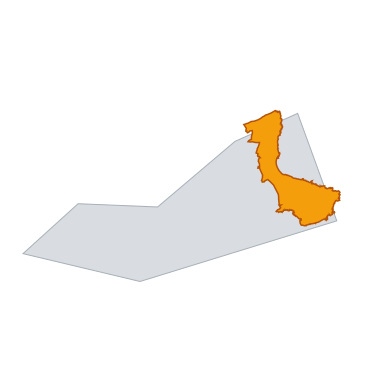 location of North Mahe, English River, Seychelles, rotated 105°
{"feature_id": "34574756B41664711494427", "entity_name": "North Mahe", "entity_type": "district", "adm_level": 2, "iso_a3": "SYC", "parent_name": "Seychelles", "parent_adm1": "English River", "projection": "orthographic", "projection_center": [55.433, -4.604], "detail": "fine", "context": "in_parent", "style": "filled", "palette": "amber", "viewbox_px": 384, "rotation_deg": 105, "n_neighbors": 0, "source": "geoboundaries", "source_scale": "gbopen_adm2", "svg_char_len": 5929}
<svg xmlns="http://www.w3.org/2000/svg" viewBox="0 0 384 384"><g transform="rotate(105 192 192)"><path d="M291.9,219.1L295.3,339.3L232.8,299.0L215.4,221.4L132.0,163.6L88.7,110.3L182.4,44.7L291.9,219.1Z" fill="#d9dde1" stroke="#a8b0b8" stroke-width="1"/><path d="M188.4,105.4L188.5,105.2L189.1,105.6L189.2,105.4L188.5,104.6L189.1,103.2L188.9,103.2L188.9,102.7L188.3,102.0L188.1,101.5L188.3,101.4L188.3,101.2L187.7,100.3L188.3,100.0L188.3,99.8L187.7,100.1L187.2,99.2L187.1,99.3L186.8,98.9L185.9,98.8L186.0,98.6L185.4,97.4L185.0,97.5L185.3,96.8L185.1,96.6L185.3,96.4L184.9,95.8L184.9,95.5L184.5,95.5L184.5,94.9L185.0,94.7L185.0,94.3L185.2,94.1L185.1,93.9L184.8,93.9L184.8,93.4L184.3,93.3L184.7,93.0L184.5,92.8L184.2,93.0L183.9,92.8L184.1,92.6L184.1,92.1L183.9,92.0L183.9,91.3L183.6,91.3L183.6,90.3L183.7,89.8L184.4,89.2L184.1,89.0L184.4,89.1L184.6,88.9L184.4,88.7L184.6,88.6L184.9,88.5L185.4,89.2L185.6,88.9L185.3,88.2L185.8,87.4L185.7,88.6L186.8,89.0L186.9,88.5L187.2,88.5L187.4,87.8L187.7,87.9L188.1,86.6L187.8,86.5L188.0,86.3L188.4,85.9L188.1,85.8L188.5,84.5L190.3,81.3L190.2,80.8L189.6,80.2L189.8,79.6L190.2,79.6L190.8,79.2L192.0,80.4L193.2,79.7L193.9,79.6L195.5,78.3L195.7,77.7L195.4,76.4L195.5,75.5L195.4,74.2L194.6,73.4L194.4,73.0L194.6,72.9L194.4,72.8L193.5,71.3L192.7,70.5L192.8,69.9L192.6,69.9L192.4,69.3L192.2,69.4L192.0,69.0L191.4,67.3L190.1,64.9L190.1,64.7L190.3,64.8L190.4,64.5L189.7,64.5L188.6,62.4L187.5,61.1L185.5,59.2L184.1,57.6L183.6,56.5L183.8,56.1L184.3,56.1L184.4,55.2L184.6,55.0L184.1,54.8L183.8,54.9L183.6,54.4L183.4,54.7L183.3,54.4L182.7,54.2L182.3,54.3L182.2,55.3L181.9,54.9L181.2,54.8L181.3,55.2L181.0,55.3L179.1,54.6L178.7,53.9L178.9,53.5L178.6,53.2L178.3,53.3L178.8,52.6L178.6,52.6L178.3,51.8L177.4,50.7L177.1,50.6L176.2,51.2L175.6,51.1L175.8,51.3L175.7,51.4L175.2,51.3L175.3,50.8L175.5,51.0L175.8,50.7L175.3,50.2L175.6,49.4L175.3,49.5L174.7,49.1L174.6,49.5L174.2,49.6L174.4,50.9L173.9,50.9L173.7,51.3L172.9,51.1L172.0,51.4L172.3,52.1L171.4,52.4L170.7,51.7L169.9,52.0L169.1,51.7L168.3,51.9L167.7,51.8L167.6,52.0L166.6,51.6L166.3,51.9L165.7,51.7L165.5,51.2L165.0,51.4L163.8,51.2L163.4,50.6L163.0,50.8L162.7,50.5L163.0,49.7L163.0,48.9L161.7,47.2L160.7,48.1L160.3,48.0L160.5,48.3L160.4,48.9L159.6,48.9L159.2,48.5L158.1,48.7L156.4,48.3L156.1,49.6L155.3,49.4L154.5,49.0L154.3,49.2L154.1,49.1L153.3,49.8L153.4,50.2L153.0,51.1L153.7,51.7L153.9,52.2L154.0,52.7L153.6,53.4L153.7,54.2L154.3,54.8L154.2,55.2L154.6,55.9L154.1,56.9L153.5,56.6L152.8,57.1L152.3,56.9L151.8,57.1L151.9,57.6L151.7,57.7L152.2,58.4L152.0,58.6L152.2,58.8L151.9,58.8L151.8,59.1L152.6,59.7L152.6,60.1L152.4,60.5L152.9,60.8L152.9,61.1L153.7,62.1L153.9,62.7L153.4,63.4L153.7,63.8L153.6,64.3L153.0,64.7L152.7,65.1L151.8,65.4L152.1,65.9L152.0,66.5L152.6,67.2L152.6,67.9L152.8,67.8L152.8,68.2L153.4,69.0L153.5,69.3L153.3,69.5L153.8,69.4L154.0,69.8L153.8,70.2L153.5,70.2L153.7,71.2L153.2,72.4L153.3,72.9L152.9,73.2L153.1,74.1L152.8,74.3L152.5,74.2L152.2,74.3L152.2,74.7L152.6,75.1L152.5,75.5L152.8,76.0L152.7,76.9L152.5,77.0L152.8,77.3L152.6,77.9L153.0,78.1L153.1,78.4L152.1,79.4L151.8,78.9L151.7,79.1L150.6,78.9L150.7,79.0L150.4,79.2L150.8,79.5L151.0,79.9L151.3,80.0L151.2,80.1L151.6,79.9L151.9,80.1L152.5,81.2L152.2,82.1L151.9,82.4L151.8,83.4L152.0,83.5L152.1,84.4L151.4,84.9L151.7,86.2L151.4,86.2L151.4,86.7L151.7,87.1L151.2,87.9L150.5,87.9L150.4,88.2L150.6,88.6L151.3,88.8L151.5,88.6L151.8,89.0L151.6,89.6L152.0,90.2L151.9,91.1L152.1,92.2L151.9,92.6L152.0,93.3L152.2,93.6L152.0,95.4L152.2,95.6L152.3,97.9L151.9,99.0L151.5,99.5L151.3,102.1L151.1,102.9L151.0,104.4L151.0,104.6L151.3,104.6L150.9,106.3L151.3,106.8L151.5,108.8L151.0,110.1L149.4,112.6L148.1,114.2L146.0,116.1L143.9,117.5L141.5,118.5L139.4,118.8L137.4,118.8L136.8,118.2L137.2,118.0L137.1,117.7L136.9,118.0L136.6,117.9L136.7,118.2L136.2,118.5L135.5,118.2L135.8,117.6L135.1,117.7L134.8,117.4L134.7,117.6L133.9,117.2L133.2,117.4L132.4,117.0L132.0,117.7L131.6,117.7L131.9,118.2L128.6,120.2L128.1,120.0L128.1,120.5L126.6,120.6L125.1,121.3L124.6,120.9L124.3,121.0L124.4,121.3L123.2,121.6L122.6,122.0L119.9,122.7L119.0,122.3L118.7,122.3L118.7,122.6L116.1,123.3L115.2,122.8L114.6,121.8L114.3,122.1L113.9,121.9L113.7,122.2L113.1,121.9L112.8,122.0L112.4,122.0L112.3,121.7L111.6,121.5L111.2,121.6L111.3,122.0L110.9,122.1L111.1,122.5L110.5,122.8L109.5,122.5L108.7,121.7L108.3,121.7L108.1,122.0L107.9,121.7L107.2,121.6L107.1,121.8L106.4,121.4L106.0,121.4L105.9,121.6L105.1,121.6L104.8,121.9L104.9,122.5L104.5,122.9L104.0,122.6L103.5,122.8L103.2,123.7L103.3,124.0L102.6,123.9L102.6,124.3L102.4,124.3L101.7,123.9L101.1,123.9L100.9,123.7L100.2,124.0L99.2,123.8L98.6,124.0L98.3,124.2L98.0,125.0L98.3,125.3L98.2,125.6L95.5,125.8L93.7,127.1L93.0,127.0L92.6,127.7L91.5,128.1L91.4,128.5L91.6,128.9L92.3,129.1L92.8,129.7L92.1,130.0L91.9,130.3L92.6,131.5L91.7,132.0L91.8,132.6L95.5,136.4L97.5,139.0L98.7,140.9L100.0,141.9L101.0,143.1L103.2,144.8L105.2,146.9L107.5,150.3L108.6,153.1L111.1,155.7L111.8,157.1L112.6,158.0L113.4,159.4L116.4,156.1L117.0,155.9L118.1,156.0L119.4,155.6L119.2,154.8L119.6,154.8L120.4,153.9L120.4,153.5L118.7,152.1L118.0,151.8L117.1,149.8L117.5,149.5L119.6,148.9L122.0,149.0L124.1,148.7L125.8,148.2L126.6,149.4L127.8,150.5L128.9,150.9L128.6,148.6L127.8,146.4L127.8,143.9L127.4,141.8L126.7,139.6L127.7,139.5L130.9,139.7L133.3,140.2L134.3,140.0L137.1,140.2L137.8,140.1L137.9,138.2L139.8,138.1L140.6,137.6L140.2,136.5L141.2,135.0L141.6,136.0L142.4,135.9L143.4,136.2L145.4,135.8L145.6,135.5L147.5,134.1L150.2,133.2L150.3,134.6L151.9,134.6L151.5,133.0L157.5,128.1L158.5,128.1L159.4,127.7L162.2,127.7L162.8,127.9L163.4,127.2L164.2,126.7L163.6,125.0L163.1,124.6L162.8,124.8L162.1,124.2L160.4,122.2L160.4,121.9L161.8,119.1L164.1,115.1L171.7,108.2L173.6,107.3L176.4,106.5L181.6,104.5L182.0,104.8L182.7,104.0L181.9,103.4L181.6,102.7L182.5,103.3L183.6,103.1L184.3,102.3L185.2,102.9L185.8,103.0L185.9,103.3L186.9,104.6L188.4,105.4Z" fill="#f59e0b" stroke="#b45309" stroke-width="1.5"/></g></svg>